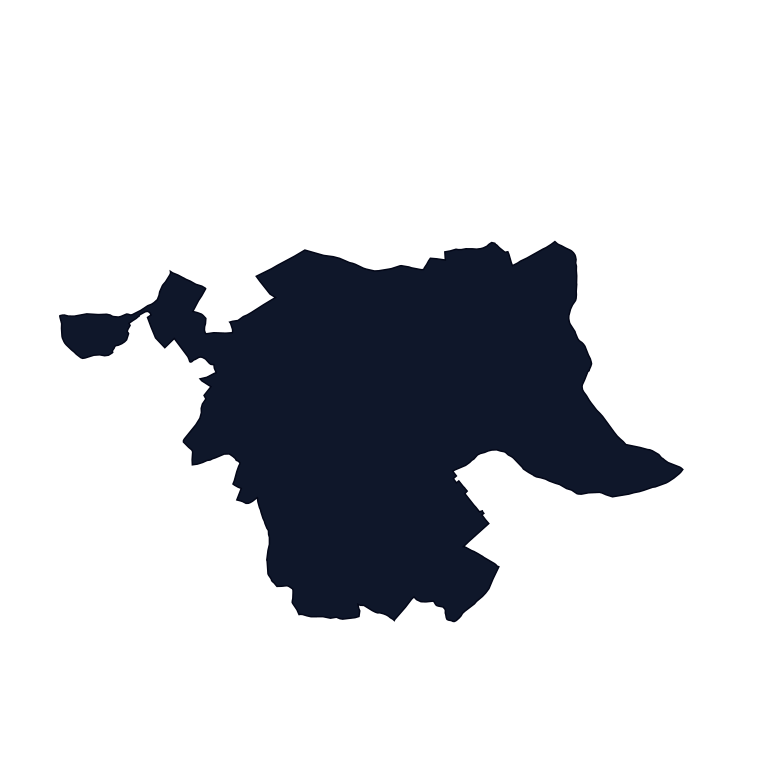 Ploscos, Cluj, Romania, rotated 143°
{"feature_id": "2599482B49200001700985", "entity_name": "Ploscos", "entity_type": "district", "adm_level": 2, "iso_a3": "ROU", "parent_name": "Romania", "parent_adm1": "Cluj", "projection": "equal_earth", "projection_center": [23.828, 46.646], "detail": "fine", "context": "isolated", "style": "filled", "palette": "ink", "viewbox_px": 768, "rotation_deg": 143, "n_neighbors": 0, "source": "geoboundaries", "source_scale": "gbopen_adm2", "svg_char_len": 6171}
<svg xmlns="http://www.w3.org/2000/svg" viewBox="0 0 768 768"><g transform="rotate(143 384 384)"><path d="M518.1,188.9L517.3,189.4L501.3,192.8L491.3,195.6L488.1,195.9L488.0,193.8L487.7,192.0L485.5,187.9L481.7,184.8L475.4,181.0L475.1,180.1L475.5,176.7L475.3,175.5L474.4,174.1L471.1,170.5L470.8,167.8L471.2,166.3L472.9,164.2L473.5,162.6L474.8,160.1L475.3,158.5L475.2,157.7L474.4,156.4L472.7,154.6L471.7,152.8L470.5,151.9L468.5,151.6L464.8,151.9L462.2,152.4L459.3,153.6L456.2,153.9L444.1,154.0L441.0,154.7L433.3,155.1L428.6,155.9L423.4,157.4L414.3,162.7L402.3,168.9L403.3,170.6L403.4,172.5L403.9,174.2L408.6,185.4L408.9,186.5L411.1,192.0L413.0,196.2L414.2,198.1L417.0,204.3L417.8,205.7L418.4,206.3L411.1,207.2L384.3,209.5L384.6,214.7L384.6,220.5L382.1,220.6L382.2,222.3L381.8,223.5L384.7,224.5L384.8,229.9L385.1,233.3L385.4,247.8L382.0,248.4L382.2,251.9L382.1,252.9L382.4,253.9L382.6,261.6L385.6,261.4L385.6,266.7L381.5,267.0L381.6,273.0L379.0,272.7L367.8,269.9L362.8,269.8L359.8,270.2L357.4,270.0L352.0,271.1L348.9,270.5L344.8,268.8L341.2,267.9L337.7,266.4L333.6,263.6L331.4,260.5L328.9,257.7L328.1,256.4L327.4,252.5L325.9,249.4L325.2,247.0L323.7,234.4L323.8,232.2L321.7,226.3L319.6,221.5L319.3,220.2L319.0,220.2L318.3,218.3L315.2,214.8L312.2,210.8L310.4,207.1L306.9,201.7L304.2,198.0L301.1,190.6L298.0,186.4L295.9,180.3L295.0,179.2L292.6,177.2L286.1,174.0L277.1,167.8L275.6,166.0L273.3,161.9L269.4,156.4L254.7,148.7L249.8,146.8L244.9,144.4L240.6,142.8L231.6,139.9L229.3,138.6L218.2,135.2L215.5,134.8L209.1,134.4L201.9,134.7L199.9,135.0L196.8,135.9L197.2,138.0L197.8,139.6L204.4,150.3L205.6,154.0L206.2,156.7L206.8,158.0L207.0,162.3L209.8,169.0L211.3,171.5L212.9,173.0L217.7,179.2L227.3,190.1L227.6,194.0L228.5,198.3L229.1,202.1L229.2,206.8L228.9,226.4L229.2,230.2L229.9,235.2L230.0,244.7L229.9,247.4L229.3,253.1L229.3,257.3L228.9,259.9L227.5,262.6L226.1,264.0L221.1,266.7L213.8,271.2L212.2,271.2L211.4,271.9L208.2,273.7L206.1,275.2L205.3,276.8L204.1,279.9L203.3,284.2L200.8,293.2L200.7,295.8L201.0,298.0L202.0,301.1L202.0,303.6L200.6,309.1L199.9,311.0L199.3,319.5L199.0,321.1L198.1,323.1L197.0,325.2L195.3,327.3L190.0,331.5L185.9,333.7L180.8,335.4L179.1,336.7L176.7,339.4L174.8,342.2L169.9,347.9L169.9,348.2L165.0,354.4L162.1,358.9L159.4,362.3L158.1,365.3L155.7,367.8L154.3,370.7L153.8,372.4L153.7,374.8L154.1,377.2L154.6,378.6L157.1,383.3L159.1,387.7L160.2,389.5L161.1,391.4L161.8,394.9L166.5,394.9L172.5,395.4L175.8,396.1L194.2,398.6L201.0,400.0L204.6,400.2L210.2,401.2L209.3,404.3L206.2,412.4L205.5,415.1L208.1,416.4L209.9,423.6L210.3,427.0L210.9,428.6L210.8,429.7L212.9,432.2L216.1,432.4L219.0,432.1L222.8,432.9L225.1,433.8L228.8,435.9L232.1,438.8L237.2,442.7L241.2,444.7L243.8,446.6L245.4,448.3L251.0,450.4L255.9,452.9L260.4,446.1L266.7,452.4L271.3,456.5L274.3,455.5L278.0,453.8L281.8,452.5L283.4,451.6L285.0,452.5L286.3,453.8L292.1,460.2L293.6,462.4L298.9,468.0L300.0,468.7L308.7,471.7L311.1,472.9L320.2,477.7L323.6,480.0L329.1,486.5L330.7,488.8L334.9,496.9L336.4,499.2L338.5,501.7L343.8,511.0L347.9,516.2L354.8,523.0L366.6,538.6L378.4,539.9L397.6,542.9L404.3,543.7L421.2,546.9L421.3,541.1L420.9,524.4L418.6,518.4L432.4,519.8L446.9,520.9L451.8,521.5L455.8,522.5L462.4,522.6L467.4,525.3L470.0,526.3L470.0,524.8L472.0,519.0L472.9,517.5L474.2,516.2L479.9,519.9L489.1,527.4L496.0,531.2L495.9,532.7L495.0,535.1L492.8,537.7L490.3,539.6L486.8,543.6L487.2,547.6L487.7,549.6L490.0,553.2L493.0,557.0L482.0,562.2L476.6,564.1L469.1,567.4L469.1,568.2L470.6,571.8L474.3,576.9L476.9,582.9L479.0,586.5L482.9,594.9L486.0,600.1L486.8,602.5L487.3,601.6L488.0,600.8L489.4,600.0L496.9,597.1L500.6,596.3L501.8,595.9L507.7,592.6L510.3,590.2L514.2,587.8L518.8,587.4L521.7,587.6L525.5,588.7L534.0,589.2L543.4,590.9L544.8,591.6L546.5,593.9L547.5,594.8L553.5,596.3L555.8,597.3L559.5,600.7L560.4,602.0L561.1,603.8L563.5,606.6L570.3,611.3L579.2,618.9L590.6,624.6L595.3,628.3L597.7,631.4L599.3,632.5L601.7,633.6L602.2,633.1L602.8,631.8L605.1,626.2L608.1,622.5L612.5,615.8L613.2,614.2L614.1,610.4L614.3,608.5L614.2,606.5L613.0,599.1L612.2,595.9L611.8,592.9L610.3,587.5L609.3,585.9L607.1,584.7L598.4,581.6L593.5,578.4L590.1,574.7L586.7,572.8L582.5,572.4L581.5,572.6L581.2,573.9L578.0,575.0L576.3,576.0L575.1,576.0L572.9,574.9L569.2,574.0L565.8,573.8L563.0,574.2L557.7,577.9L557.5,578.8L557.7,580.0L556.2,581.5L551.5,583.6L551.2,585.9L546.4,585.8L542.5,585.5L539.7,585.7L539.0,585.5L538.0,586.1L537.1,586.2L531.4,585.4L529.2,584.4L528.3,582.7L528.1,581.4L528.5,579.3L532.8,579.5L535.7,569.8L538.7,558.3L537.2,544.9L524.1,546.6L524.2,523.9L524.8,521.3L525.6,519.0L525.6,518.4L525.1,517.8L524.1,517.5L521.6,517.7L519.8,517.2L515.7,516.7L513.9,515.7L512.7,514.0L511.5,511.3L511.0,505.6L510.5,504.0L509.6,503.0L508.2,501.9L510.0,498.7L511.2,494.0L513.0,494.6L521.5,496.0L527.8,498.8L527.6,496.2L523.8,486.0L534.6,483.2L535.2,479.3L541.1,477.3L544.6,474.6L547.1,471.0L551.6,467.5L558.8,464.7L576.4,460.3L578.1,459.6L579.1,458.4L578.1,451.0L577.2,447.1L577.4,445.8L577.7,444.9L582.8,439.0L585.7,434.8L581.2,432.3L576.1,430.5L571.3,429.4L568.5,427.9L565.9,427.5L563.0,426.5L553.8,424.2L550.1,421.6L549.5,420.9L548.2,416.9L547.6,414.0L547.9,411.9L547.1,410.7L546.4,408.0L547.1,407.0L549.5,405.8L554.2,402.7L561.8,396.8L564.8,395.0L564.3,393.3L562.6,389.4L560.8,386.5L571.3,380.0L568.9,377.0L567.6,375.1L566.0,371.7L564.0,370.3L562.1,369.8L559.6,369.5L553.6,369.6L553.5,369.1L554.5,367.8L555.7,365.6L557.8,360.3L558.4,357.8L559.4,355.5L561.5,349.5L562.1,346.5L563.0,344.2L564.3,339.3L564.5,336.5L566.7,333.3L567.8,330.5L572.0,324.9L576.7,321.0L583.5,314.0L584.1,312.6L590.9,302.2L591.2,300.8L591.4,296.3L592.0,294.7L592.0,293.5L591.5,291.3L591.3,286.8L587.5,284.1L583.2,281.5L582.5,280.8L581.7,279.4L580.3,275.4L580.8,274.0L582.3,272.0L585.8,267.7L587.9,265.8L588.8,264.7L589.0,263.5L589.4,256.1L590.6,251.0L589.3,250.3L587.8,249.0L585.0,245.2L582.3,242.0L572.8,235.0L567.7,229.2L562.2,226.3L562.0,225.8L560.4,223.1L558.5,221.1L547.7,214.8L543.9,213.4L539.9,217.4L539.2,220.0L537.4,223.8L536.1,221.5L533.3,219.3L529.7,210.0L528.2,207.0L526.9,205.1L525.3,204.0L524.5,203.1L522.7,200.8L521.1,198.2L520.1,195.8L519.6,193.6L518.5,190.9L518.1,188.9Z" fill="#0f172a" stroke="#020617" stroke-width="1.5"/></g></svg>